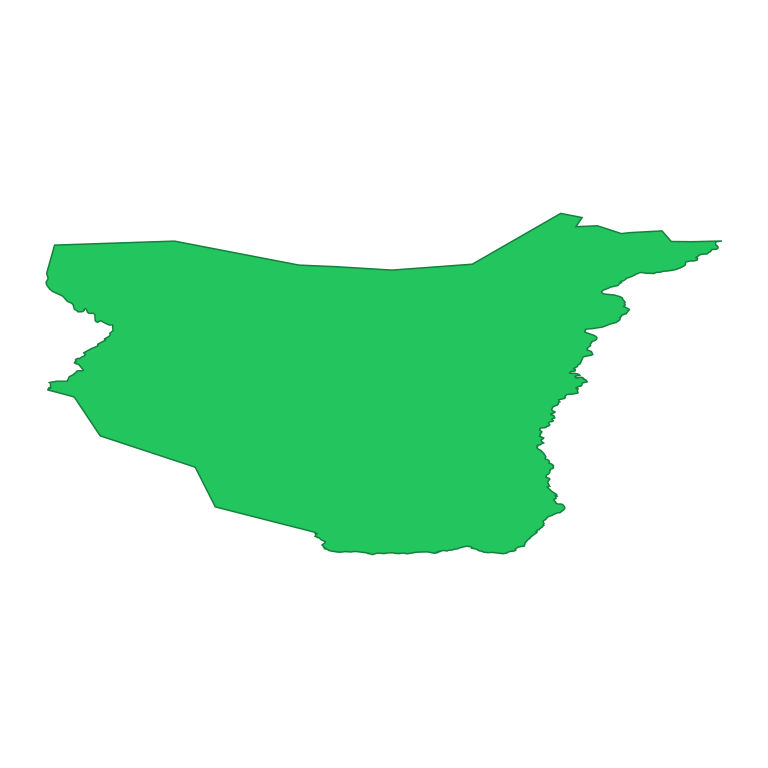 outline of Kárášjohka sme 1, Finnmark, Norway
{"feature_id": "86288312B66062966513984", "entity_name": "Kárášjohka sme 1", "entity_type": "district", "adm_level": 2, "iso_a3": "NOR", "parent_name": "Norway", "parent_adm1": "Finnmark", "projection": "equal_earth", "projection_center": [25.507, 69.392], "detail": "fine", "context": "isolated", "style": "filled", "palette": "green", "viewbox_px": 768, "rotation_deg": 0, "n_neighbors": 0, "source": "geoboundaries", "source_scale": "gbopen_adm2", "svg_char_len": 6030}
<svg xmlns="http://www.w3.org/2000/svg" viewBox="0 0 768 768"><path d="M49.8,289.2L52.5,291.4L62.7,296.1L67.4,301.4L71.8,303.3L73.2,305.0L74.3,309.1L77.0,310.8L77.8,311.8L81.6,311.8L83.1,311.4L84.2,310.4L83.9,309.5L85.0,308.6L85.8,308.9L86.7,309.9L87.4,312.0L88.5,313.1L90.2,313.4L93.4,313.3L94.4,314.0L94.9,315.1L95.2,320.6L96.4,321.9L97.7,322.2L100.7,320.7L105.6,323.4L109.5,325.1L112.3,324.8L112.8,325.8L112.6,327.8L113.2,330.4L109.8,333.4L110.2,335.1L109.0,336.4L106.1,338.0L105.6,338.6L104.5,338.8L104.5,339.1L105.5,339.7L105.2,340.3L98.2,343.9L97.7,344.4L98.1,345.0L97.7,345.5L98.0,345.8L97.7,346.0L91.2,348.7L83.7,352.8L84.0,353.3L85.4,354.1L84.4,355.9L81.9,356.9L79.6,358.5L77.8,358.4L75.6,359.5L75.4,360.0L76.3,361.4L74.6,362.2L74.5,362.9L76.2,363.8L77.8,364.1L79.1,365.0L80.6,366.7L83.4,370.2L83.3,370.5L82.4,370.7L77.3,370.9L76.5,371.3L75.7,372.8L74.2,373.6L73.7,374.4L69.3,376.7L67.2,381.2L56.9,381.2L49.5,382.5L50.4,383.2L50.6,387.4L48.8,388.0L49.0,388.4L49.7,388.6L47.8,389.4L48.0,390.0L73.1,396.6L74.7,397.7L100.2,435.9L195.2,467.2L215.3,506.9L315.3,532.4L315.6,532.7L315.4,533.0L316.7,533.5L316.1,533.7L316.6,533.9L316.5,534.3L315.7,534.5L315.9,534.9L315.0,536.4L317.1,537.0L317.2,537.5L318.7,537.7L319.9,538.4L320.8,539.6L325.4,541.8L324.7,542.9L322.0,545.0L323.5,546.5L323.5,547.0L325.6,548.3L324.9,548.7L327.4,549.4L328.9,550.5L330.5,550.9L337.8,552.1L340.2,552.2L345.2,551.6L351.2,552.0L353.1,551.6L356.1,551.5L365.5,552.7L368.0,553.2L367.7,553.4L367.9,553.6L369.6,553.7L372.2,554.6L377.5,553.1L384.3,553.6L387.8,552.9L393.2,552.8L394.5,553.3L399.0,553.6L403.2,553.0L407.2,553.8L416.8,552.2L422.1,552.0L427.7,551.9L434.6,553.3L437.3,552.6L436.8,552.3L439.7,551.6L439.3,551.3L440.0,551.1L443.7,550.5L447.2,551.0L447.7,550.7L448.6,550.2L451.5,550.1L455.2,549.1L458.3,548.6L459.2,548.0L465.1,546.5L467.2,546.3L471.1,546.7L471.7,547.4L471.3,547.9L471.5,548.2L476.4,549.1L478.6,550.6L482.3,551.4L483.5,552.1L487.9,552.7L492.2,552.4L503.0,553.7L506.7,553.1L508.0,552.2L510.8,551.3L513.7,551.1L515.3,550.5L515.8,550.2L515.3,549.1L518.2,547.1L524.3,546.0L524.1,545.4L524.7,544.8L525.3,542.3L526.5,541.5L526.9,540.6L530.2,538.0L530.4,537.8L530.1,537.6L530.4,537.2L536.5,532.8L537.1,532.0L536.2,531.6L536.8,530.6L537.7,529.9L539.2,529.7L539.3,529.2L541.3,527.6L542.4,527.0L542.7,526.1L543.9,525.4L543.4,524.6L544.0,523.5L543.3,522.8L543.6,522.1L543.2,521.2L543.5,520.7L545.6,519.5L546.7,518.4L546.9,517.6L549.3,516.2L552.0,515.5L552.9,514.8L557.8,512.7L559.8,512.8L563.8,509.7L564.9,508.0L564.3,506.5L562.5,504.4L560.6,504.0L558.2,504.1L555.9,503.1L555.6,501.8L554.2,500.7L554.3,499.5L554.0,499.3L556.0,498.5L555.6,497.0L557.1,496.2L555.7,495.5L556.6,495.1L556.6,494.5L551.8,491.4L547.3,487.2L547.5,486.8L549.7,486.3L548.9,485.4L549.0,484.9L548.3,483.6L547.7,483.3L547.6,482.6L548.6,480.4L549.6,479.7L549.3,479.4L549.6,479.0L549.3,478.4L545.9,477.4L545.9,477.1L546.6,475.1L548.5,473.9L549.7,472.6L549.7,471.2L550.3,470.5L550.1,469.8L550.4,469.2L552.4,468.7L553.4,467.9L553.6,467.2L553.0,466.9L552.9,466.3L553.4,465.6L551.7,464.1L549.0,463.1L549.5,462.3L549.0,460.6L547.3,459.6L546.0,459.4L545.0,458.5L545.9,456.9L544.1,454.0L542.5,452.0L541.4,451.5L541.3,450.7L538.0,448.9L536.9,447.8L536.8,447.3L537.8,446.6L537.8,446.2L537.1,445.6L537.4,445.2L540.3,444.8L541.4,443.9L543.6,442.9L541.9,441.7L541.0,440.1L541.5,439.5L543.2,438.8L543.7,437.9L539.4,436.2L540.6,434.7L540.0,434.0L540.0,433.4L541.6,432.8L541.9,431.8L539.6,429.9L540.0,429.2L539.9,428.5L540.6,428.1L545.9,427.5L545.9,427.1L546.8,426.5L548.8,425.9L549.8,424.8L548.5,422.9L548.9,422.3L549.8,421.8L552.2,421.6L553.1,421.1L553.2,420.7L551.8,419.2L552.6,418.6L554.6,418.0L554.8,417.6L553.8,415.6L551.0,414.8L550.8,414.5L551.2,413.6L552.8,413.5L553.0,413.0L554.7,412.6L554.9,411.7L552.6,410.8L551.6,409.6L552.9,406.8L557.4,405.0L557.7,404.4L558.5,404.0L558.3,402.9L558.9,402.1L559.8,401.8L558.9,400.8L558.6,399.7L564.4,398.5L565.3,397.7L564.8,397.0L565.1,396.7L565.0,396.2L567.0,394.5L573.1,394.0L577.9,393.0L578.0,392.3L577.2,390.9L578.1,388.9L576.0,388.4L576.1,387.8L577.9,387.1L578.3,386.5L581.2,386.0L582.0,385.1L582.0,383.5L583.3,382.7L587.2,381.9L586.2,380.3L583.4,378.7L583.1,378.5L583.4,378.2L582.4,377.5L580.9,377.3L576.1,378.0L575.7,377.0L574.9,376.7L575.1,376.2L575.6,376.0L579.8,375.4L579.1,374.4L574.8,373.3L570.8,373.4L569.6,372.8L571.0,371.6L575.0,371.0L575.4,369.7L574.7,369.1L573.7,368.9L574.0,368.2L577.3,366.6L578.0,364.9L580.3,363.6L582.9,357.3L584.6,356.5L592.0,355.0L592.8,354.5L591.4,351.5L587.3,350.1L587.1,349.9L587.4,349.3L587.0,348.9L588.2,347.5L590.6,345.6L590.3,343.8L591.4,342.9L591.5,342.0L595.8,339.9L596.3,339.5L596.9,338.1L596.6,337.1L594.2,335.4L584.9,332.2L584.7,331.7L585.5,330.5L585.3,329.5L587.1,329.0L591.9,328.7L602.7,327.0L610.6,323.9L616.1,322.5L619.6,320.1L620.2,318.6L619.5,317.7L621.0,316.8L621.6,315.9L621.5,315.3L626.2,313.7L628.4,310.7L629.4,309.9L628.9,309.1L623.7,306.4L625.0,305.3L625.1,304.6L624.3,303.7L625.0,302.7L625.0,301.9L622.5,299.2L622.6,298.3L621.9,297.6L619.8,296.6L614.1,295.0L604.1,294.0L602.0,292.8L601.5,292.3L601.6,291.6L603.3,290.1L609.1,287.9L609.9,287.3L617.5,285.6L618.7,284.8L619.4,283.6L621.4,282.6L620.6,281.6L620.9,281.4L623.9,280.5L625.9,279.0L625.9,278.5L631.1,276.7L635.1,274.9L635.7,274.2L638.3,273.4L639.3,272.7L641.6,272.5L645.7,273.2L654.1,273.5L656.2,272.4L660.5,272.2L663.1,271.2L666.5,271.1L673.1,270.2L676.8,269.2L681.4,267.4L684.9,265.4L685.5,264.2L685.5,262.8L686.4,261.8L690.0,261.0L694.1,260.9L697.2,260.1L697.6,258.3L696.1,257.6L699.8,254.8L702.3,254.2L707.2,253.9L707.9,253.5L708.4,252.5L710.5,251.7L711.7,249.6L716.0,249.3L717.4,248.8L717.9,248.0L718.1,246.9L717.0,245.6L715.7,244.6L715.5,243.4L715.7,242.5L716.1,242.0L717.2,241.6L721.9,241.0L692.4,241.7L671.3,241.5L662.0,230.9L630.2,232.6L621.4,233.6L597.5,225.8L575.9,226.7L582.1,217.6L560.7,213.4L472.3,264.2L391.9,270.1L336.4,266.7L299.0,265.1L174.4,241.1L54.6,245.1L46.8,272.7L46.8,274.1L48.1,278.0L47.9,279.1L46.1,282.2L46.4,284.2L47.4,286.0L49.8,289.2Z" fill="#22c55e" stroke="#15803d" stroke-width="1.5"/></svg>